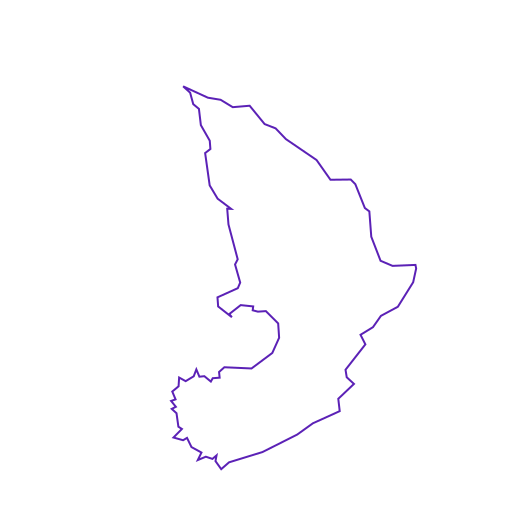 Sopishte, Sopište, North Macedonia (Mercator projection), rotated 158°
{"feature_id": "65306769B38681121769962", "entity_name": "Sopishte", "entity_type": "district", "adm_level": 2, "iso_a3": "MKD", "parent_name": "North Macedonia", "parent_adm1": "Sopište", "projection": "mercator", "projection_center": [21.357, 41.849], "detail": "fine", "context": "isolated", "style": "outline", "palette": "violet", "viewbox_px": 512, "rotation_deg": 158, "n_neighbors": 0, "source": "geoboundaries", "source_scale": "gbopen_adm2", "svg_char_len": 1293}
<svg xmlns="http://www.w3.org/2000/svg" viewBox="0 0 512 512"><g transform="rotate(158 256 256)"><path d="M260.0,440.6L255.9,432.1L257.3,420.3L253.8,413.8L258.1,398.0L255.7,380.2L258.2,372.3L264.6,370.5L272.5,338.8L270.1,323.5L261.4,309.0L265.0,310.6L269.7,295.6L274.2,259.8L278.6,256.0L280.6,237.3L284.9,233.0L307.2,232.1L310.0,223.4L301.3,208.3L302.5,212.2L288.6,216.2L277.5,210.3L279.4,206.9L275.1,203.7L267.5,201.2L260.7,185.2L265.2,171.5L277.2,160.0L302.3,153.4L327.0,164.7L333.7,162.3L335.3,156.8L341.9,158.9L344.9,156.5L348.9,163.9L353.7,165.3L353.8,173.2L358.8,167.8L368.1,166.3L372.8,172.1L376.6,164.2L384.4,161.7L384.3,153.2L389.0,153.4L386.8,146.2L391.4,145.8L388.6,140.0L391.9,126.8L389.5,123.4L400.5,118.6L392.6,112.5L388.1,113.2L387.4,103.0L380.2,94.2L386.4,88.6L377.7,88.7L372.4,84.2L367.3,85.9L370.4,81.0L368.1,71.4L358.3,74.8L323.5,71.8L284.7,75.0L265.8,79.6L236.5,80.8L233.2,92.8L213.1,100.7L217.3,109.6L215.6,117.0L187.7,133.1L188.6,143.8L174.2,146.2L162.6,153.7L143.5,155.8L120.1,172.8L112.2,184.4L111.5,188.0L133.1,195.7L142.3,204.9L141.9,230.7L134.2,254.9L137.1,259.7L137.0,285.4L139.5,291.4L158.4,298.8L163.9,322.3L184.5,353.2L190.0,367.0L198.6,375.1L205.6,397.7L221.8,402.7L230.3,414.1L241.3,420.8L260.0,440.6Z" fill="none" stroke="#5b21b6" stroke-width="2"/></g></svg>